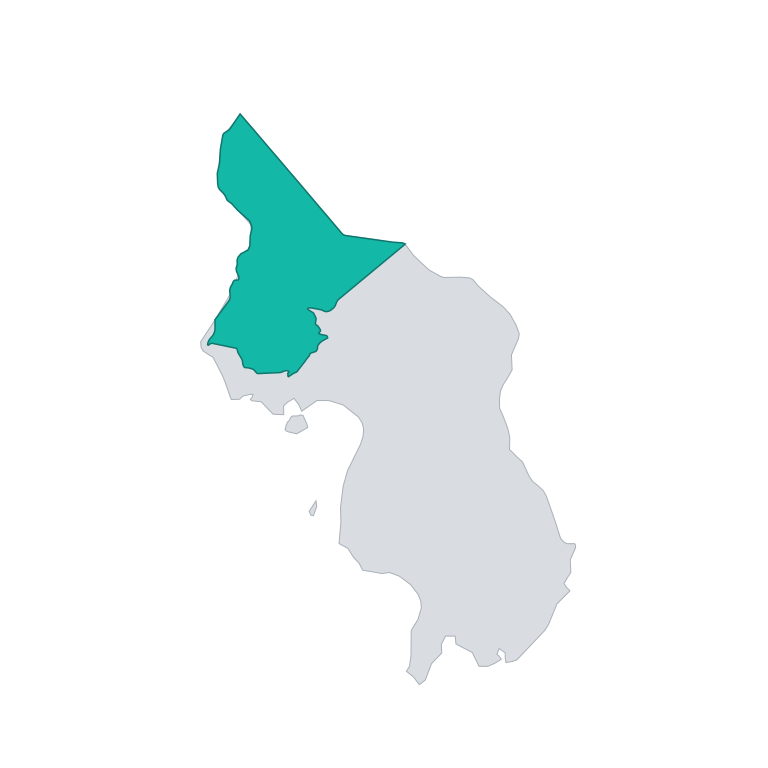 location of Tataouine within Tunisia, rotated 152°
{"feature_id": "TUN-98", "entity_name": "Tataouine", "entity_type": "Governorate", "adm_level": 1, "iso_a3": "TUN", "parent_name": "Tunisia", "parent_adm1": "", "projection": "mercator", "projection_center": [10.291, 31.745], "detail": "fine", "context": "in_parent", "style": "filled", "palette": "teal", "viewbox_px": 768, "rotation_deg": 152, "n_neighbors": 0, "source": "natural_earth", "source_scale": "10m", "svg_char_len": 5237}
<svg xmlns="http://www.w3.org/2000/svg" viewBox="0 0 768 768"><g transform="rotate(152 384 384)"><path d="M526.1,442.0L525.9,444.2L523.4,460.4L522.8,466.2L522.5,476.1L522.5,487.9L528.2,497.9L528.3,502.2L526.1,507.3L515.6,513.1L502.0,520.5L490.4,527.6L477.6,535.4L473.7,540.4L467.4,544.3L462.1,548.1L461.1,551.8L457.4,558.8L452.6,564.4L440.5,567.0L438.2,568.7L432.6,577.1L430.0,580.4L426.8,587.2L430.9,605.0L436.0,623.3L437.0,630.9L436.9,637.2L434.1,644.0L427.6,653.8L422.9,660.9L413.8,673.7L411.1,676.9L404.8,680.6L392.7,685.6L384.2,689.9L379.9,670.4L376.2,653.7L373.1,639.9L367.7,615.5L363.2,594.8L358.6,574.0L354.5,555.1L350.3,536.1L348.5,533.3L336.0,524.3L324.5,516.0L312.5,506.5L299.5,496.3L297.5,483.3L290.8,463.7L283.8,452.8L281.1,449.9L267.0,442.8L258.8,437.6L256.5,434.6L254.9,426.6L249.1,410.6L242.5,396.1L240.0,386.2L239.7,373.9L241.0,364.9L243.9,361.0L257.8,349.9L264.2,336.4L272.1,331.3L279.0,327.5L284.5,323.1L289.5,315.9L293.3,308.3L293.9,300.0L295.5,286.9L298.0,277.8L303.9,267.3L301.4,259.0L298.3,249.9L299.2,234.2L298.4,227.8L295.9,222.1L293.4,214.9L293.3,208.8L295.7,192.9L297.6,180.7L300.6,164.8L299.6,160.4L297.3,157.0L290.6,153.5L290.6,151.4L292.2,149.1L302.1,141.3L307.5,129.9L311.9,127.5L318.7,123.4L318.4,118.9L316.9,114.1L334.5,108.7L351.4,94.6L357.3,91.1L396.3,78.0L401.4,78.9L407.1,80.8L405.4,85.7L403.2,89.6L406.5,96.4L411.2,92.3L410.0,89.5L409.7,85.8L417.7,85.4L424.8,86.0L432.6,90.1L432.1,105.5L442.5,120.6L439.5,128.0L448.0,132.5L455.6,127.2L459.4,119.3L473.3,114.8L486.6,103.2L493.9,102.0L495.5,111.5L499.1,119.8L494.1,122.7L487.7,131.5L475.6,153.7L464.5,160.2L456.1,168.8L453.5,174.9L452.6,181.9L454.7,194.5L460.8,207.3L467.8,215.1L474.6,217.5L490.3,229.7L490.1,236.9L492.3,245.5L493.1,255.9L498.6,264.2L486.9,282.2L480.5,295.2L467.9,313.1L456.8,324.7L432.9,341.9L427.0,347.7L423.2,353.6L421.5,359.7L422.1,367.0L429.9,384.7L440.4,395.2L451.0,400.9L469.5,398.6L468.9,405.4L470.2,413.6L477.7,413.2L482.8,411.9L487.0,404.0L496.1,409.4L500.8,426.0L508.4,431.1L509.3,433.1L506.6,434.3L504.5,436.2L506.8,437.6L514.2,439.6L518.6,438.3L526.1,442.0ZM487.0,395.7L485.1,396.1L481.7,398.5L479.8,398.7L474.7,396.1L472.7,396.1L470.2,394.3L471.0,384.3L471.8,381.4L484.5,381.0L491.3,387.0L492.4,388.6L492.7,390.3L489.5,393.7L487.0,395.7ZM509.9,306.6L498.9,312.8L501.0,307.4L508.2,300.8L510.1,302.4L509.9,306.6Z" fill="#d9dde1" stroke="#a8b0b8" stroke-width="1"/><path d="M503.1,520.1L481.0,530.7L479.0,532.8L476.1,539.5L473.8,541.8L471.2,543.4L468.8,545.4L467.4,545.8L466.1,545.3L464.8,544.6L463.5,544.4L461.9,546.1L461.3,552.8L460.3,555.6L457.3,558.5L456.1,561.4L455.3,562.6L454.2,563.7L453.1,564.6L449.1,566.2L441.1,566.1L437.4,569.1L432.6,577.6L428.1,582.7L426.9,584.7L426.2,590.1L426.3,591.6L431.6,605.9L433.8,614.7L436.1,619.5L436.2,621.0L435.8,624.2L436.1,627.2L437.9,633.0L437.9,635.8L436.7,639.2L432.3,648.3L425.8,655.8L418.3,668.0L409.4,679.5L407.6,680.6L402.4,681.0L400.3,681.5L384.3,690.0L382.3,680.9L380.2,671.8L378.2,662.6L376.2,653.5L374.2,644.4L372.1,635.2L370.1,626.0L368.1,616.9L366.0,607.7L364.0,598.5L362.0,589.3L360.0,580.1L358.0,570.8L355.9,561.6L353.9,552.3L351.9,543.1L351.7,542.2L350.4,536.1L349.6,534.5L348.6,533.4L336.5,524.6L321.6,513.8L310.2,505.5L301.4,499.9L299.5,497.7L300.8,497.3L384.6,480.0L386.4,479.2L387.2,478.7L390.1,476.2L391.5,475.3L393.3,474.7L395.2,474.3L397.5,474.1L398.3,474.2L399.4,474.4L400.8,474.9L401.3,475.2L402.0,475.7L402.3,476.0L404.5,478.9L412.2,485.1L414.0,486.1L414.8,486.5L415.2,486.5L415.5,486.6L415.8,486.5L416.1,486.4L416.3,486.0L416.1,485.4L415.9,485.0L413.0,480.0L412.9,479.6L412.9,478.9L413.0,475.5L413.2,473.7L413.4,473.4L413.6,473.0L415.3,470.9L416.2,469.5L416.3,469.2L416.3,468.8L416.2,468.3L415.9,467.6L415.3,466.7L415.2,466.1L414.8,463.4L414.8,461.8L414.8,461.5L414.9,461.2L415.1,460.9L415.3,460.6L415.6,460.4L415.9,460.3L416.8,460.0L417.4,459.8L417.7,459.6L417.7,459.1L417.4,458.5L415.7,456.7L412.8,454.4L412.4,454.1L412.1,453.7L411.8,453.2L411.8,452.7L411.8,452.3L412.1,451.1L418.3,451.0L419.9,450.7L421.6,450.3L424.1,449.2L424.4,449.0L424.6,448.8L426.1,446.6L426.5,446.2L426.9,445.8L427.8,445.2L428.3,444.9L428.8,444.8L430.1,444.9L433.7,445.6L434.6,445.6L435.1,445.5L435.4,445.2L435.9,444.6L436.6,444.1L441.5,442.0L442.4,441.4L454.9,435.8L455.5,435.6L456.1,435.6L458.6,435.9L464.2,435.3L464.9,435.3L465.1,435.6L465.1,435.9L465.1,436.2L464.9,436.5L464.4,437.4L464.3,437.7L464.3,438.0L464.2,438.3L464.0,438.6L462.5,439.1L462.3,439.3L462.2,439.6L462.3,439.9L462.4,440.2L462.6,440.5L462.9,440.8L463.6,441.4L464.3,441.8L465.5,442.2L468.8,442.5L470.4,442.9L490.1,452.2L490.5,452.5L490.9,452.8L491.1,453.1L491.2,453.3L491.3,453.5L492.2,457.5L492.4,458.0L492.9,458.7L493.4,459.3L496.4,462.1L497.4,462.7L498.2,463.2L498.7,463.5L499.1,463.8L499.3,464.1L499.4,464.4L499.6,465.0L499.6,465.3L499.6,465.9L499.4,467.3L499.0,468.7L498.1,471.2L498.0,471.8L497.9,472.5L498.2,479.8L498.1,480.9L497.4,483.5L497.4,483.9L497.4,484.2L497.5,484.5L497.7,484.9L516.5,500.5L517.2,500.8L517.7,501.1L518.2,501.1L520.2,500.7L520.8,500.7L521.2,501.0L521.3,501.3L521.2,501.6L521.0,502.0L520.5,502.6L519.9,503.3L517.4,505.2L516.2,505.7L512.9,507.0L511.4,507.8L510.1,508.8L508.9,509.9L507.7,511.3L503.1,520.0L503.1,520.1Z" fill="#14b8a6" stroke="#0f766e" stroke-width="1.5"/></g></svg>